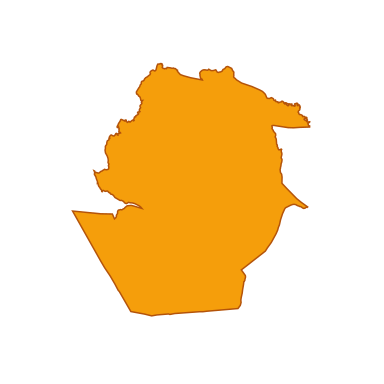 Pokot South, Rift Valley, Kenya, rotated 35°
{"feature_id": "3690345B29187481268385", "entity_name": "Pokot South", "entity_type": "district", "adm_level": 2, "iso_a3": "KEN", "parent_name": "Kenya", "parent_adm1": "Rift Valley", "projection": "orthographic", "projection_center": [35.249, 1.339], "detail": "fine", "context": "isolated", "style": "filled", "palette": "amber", "viewbox_px": 384, "rotation_deg": 35, "n_neighbors": 0, "source": "geoboundaries", "source_scale": "gbopen_adm2", "svg_char_len": 5895}
<svg xmlns="http://www.w3.org/2000/svg" viewBox="0 0 384 384"><g transform="rotate(35 192 192)"><path d="M105.1,276.1L157.0,301.0L163.8,304.1L173.1,307.7L181.4,311.5L188.0,314.9L189.5,315.2L210.5,325.0L223.0,319.3L230.0,316.6L233.8,312.8L242.7,305.4L244.1,305.0L247.5,301.5L266.9,285.7L269.6,283.8L272.6,281.1L296.5,261.1L296.6,257.3L296.4,256.6L295.6,254.4L294.0,252.5L292.9,250.3L291.1,246.0L289.4,242.8L287.3,238.3L285.9,235.7L286.1,235.3L285.9,233.9L285.5,233.3L284.6,230.9L283.6,229.8L277.1,227.5L286.0,198.3L285.8,194.8L285.9,187.9L284.8,177.9L284.0,174.0L283.1,171.6L282.5,168.9L280.4,163.8L278.6,157.8L277.6,152.5L277.7,151.2L280.4,146.2L281.6,144.5L282.7,143.5L284.3,142.8L286.1,142.7L287.6,142.2L288.3,142.2L289.6,141.6L292.1,141.6L292.9,141.4L293.8,140.5L294.3,139.1L294.6,138.7L295.2,138.5L295.3,137.9L287.4,137.8L281.7,137.4L267.8,134.8L260.7,133.3L257.2,128.1L255.2,126.0L253.5,125.4L253.0,125.0L251.2,123.0L250.9,122.0L250.3,120.9L249.9,119.7L248.8,117.7L248.3,115.9L247.3,114.0L246.8,113.5L245.7,113.1L245.2,112.5L244.2,109.9L243.2,108.5L242.6,108.3L241.3,106.9L241.0,105.7L240.4,105.7L240.2,106.2L239.1,107.6L237.7,107.2L237.0,106.4L235.5,105.7L235.2,104.9L234.7,104.5L234.0,104.4L230.7,100.4L229.5,99.6L228.8,99.4L228.3,98.7L228.3,98.0L227.4,96.7L227.0,96.3L223.8,95.5L223.4,95.0L221.2,94.2L220.8,93.2L219.5,92.0L219.7,91.5L220.7,90.6L233.7,84.2L238.3,81.2L243.5,77.0L251.1,71.3L250.5,70.4L249.3,70.7L247.6,69.3L248.3,67.4L248.1,67.0L247.0,68.0L245.9,68.5L245.3,68.4L245.4,67.0L245.1,66.7L244.6,66.8L244.6,67.4L244.4,68.0L242.7,68.4L242.2,68.2L242.0,67.7L242.1,67.1L243.4,66.2L243.8,65.6L243.3,65.2L242.6,65.3L242.0,65.7L241.4,65.8L240.6,65.7L240.0,66.1L239.7,66.7L239.1,66.6L238.5,66.0L236.8,66.2L236.3,66.4L235.8,66.8L234.5,66.6L234.2,66.0L233.1,65.7L232.8,64.4L233.1,62.9L232.9,62.4L232.3,61.8L232.4,61.2L231.9,60.3L231.4,60.6L231.0,60.3L230.7,59.4L229.8,59.2L228.8,60.7L228.2,60.3L228.0,59.8L228.3,59.2L227.8,59.0L227.0,59.0L225.6,60.9L226.9,62.0L227.0,62.7L226.4,63.1L225.8,62.7L224.3,64.1L223.6,64.0L223.8,63.2L223.5,62.7L222.9,62.9L222.0,63.7L220.8,64.1L220.5,64.5L221.5,65.2L221.3,66.2L220.9,66.4L219.3,66.2L219.0,65.9L219.1,65.4L219.6,64.9L219.0,64.9L217.8,65.0L217.3,65.4L217.6,66.0L217.6,66.6L216.1,66.4L215.8,65.9L214.3,65.7L213.6,66.0L213.7,66.5L213.4,67.0L212.7,67.7L211.7,69.3L211.1,69.4L210.7,68.9L208.8,69.8L207.7,68.9L207.1,69.8L206.4,69.8L205.5,69.1L204.8,68.9L204.1,69.1L203.2,69.0L202.7,69.4L202.0,70.8L200.1,72.0L199.5,72.0L198.5,71.5L196.5,70.2L195.3,69.7L192.1,69.2L188.8,69.6L180.7,71.2L170.1,74.3L164.0,74.6L162.2,74.2L160.7,74.2L160.0,73.7L159.6,72.8L158.5,71.4L157.5,69.8L155.6,69.2L153.6,68.0L149.6,68.6L149.0,68.9L148.3,69.8L148.1,70.4L148.1,72.1L147.1,73.9L147.4,75.4L146.6,77.2L145.5,78.2L145.2,78.8L144.2,79.3L143.6,79.2L141.4,78.3L139.6,80.5L138.0,81.6L135.3,81.8L135.1,82.9L134.8,83.4L132.7,84.4L131.5,85.2L130.8,86.1L130.5,86.7L130.0,88.6L130.0,89.5L130.2,90.3L131.3,91.3L131.7,92.0L133.7,93.8L135.7,93.9L136.3,94.3L125.3,99.2L118.5,101.6L115.1,102.5L111.9,101.8L110.2,101.1L110.2,100.6L109.0,100.7L107.7,100.4L106.6,101.1L105.9,101.0L104.7,102.1L103.1,102.7L100.2,104.2L100.3,105.6L99.5,105.9L98.8,106.9L98.1,106.9L97.5,107.3L96.2,107.1L95.6,105.4L95.0,104.9L94.4,105.1L94.1,104.3L93.4,104.3L92.9,104.8L92.3,105.0L92.2,105.6L90.6,106.9L91.0,108.9L92.4,112.4L92.5,113.2L92.2,114.1L91.7,114.4L90.7,114.3L90.0,114.5L89.3,115.7L88.9,116.9L88.9,117.8L89.4,118.6L90.1,118.9L90.3,120.0L89.8,121.4L89.3,123.3L88.5,125.0L88.3,126.6L88.6,128.2L88.5,128.7L87.5,130.0L87.4,130.5L87.5,131.1L88.4,132.5L88.2,134.0L88.8,135.8L88.7,137.2L89.0,141.6L89.1,142.1L90.2,143.3L90.6,143.5L91.0,143.2L92.0,143.4L93.2,144.0L94.3,143.9L94.6,144.1L95.3,144.2L97.5,146.2L98.1,146.2L99.0,145.4L98.9,147.1L99.1,147.6L99.8,147.8L100.2,148.4L99.9,150.9L100.6,152.0L101.3,152.2L101.6,152.6L101.5,154.0L101.7,154.8L102.6,156.1L103.2,156.0L103.2,156.5L102.1,157.2L101.8,157.7L102.0,158.4L103.4,158.6L103.4,159.3L102.3,161.7L102.4,162.3L102.7,162.7L101.9,163.5L102.0,164.1L102.3,164.4L102.6,166.2L103.5,166.5L103.4,167.1L102.3,167.0L102.0,167.4L101.1,170.3L100.6,170.1L99.6,170.4L99.4,171.6L99.2,172.0L97.6,171.8L97.0,170.9L96.4,171.0L96.0,171.6L96.6,172.0L96.2,172.4L93.1,172.9L92.4,173.1L92.1,173.5L92.5,175.4L92.5,177.5L92.7,179.0L93.0,179.4L93.0,180.6L93.3,181.7L93.9,182.0L94.5,181.6L94.6,180.9L95.6,181.8L96.2,182.0L96.3,182.7L97.2,183.7L97.3,184.3L97.7,184.6L98.8,184.8L99.1,184.4L99.6,184.6L98.7,186.0L98.1,186.2L97.9,186.9L98.7,187.9L98.1,188.1L97.1,187.4L96.3,187.4L96.1,188.0L96.3,189.2L96.0,190.9L94.8,191.4L93.3,191.5L92.9,191.9L92.7,192.6L92.8,194.7L93.8,195.0L93.8,195.6L93.4,196.1L94.0,197.0L93.3,198.6L93.7,200.0L94.8,201.9L94.8,204.2L96.2,206.2L96.7,207.5L98.7,209.6L101.8,211.1L104.0,212.7L105.4,214.3L106.2,215.9L106.7,216.3L107.8,216.7L108.1,217.2L108.2,218.0L108.5,218.5L109.5,219.2L110.2,220.4L110.4,221.1L110.2,221.7L109.3,222.7L108.8,223.1L107.3,223.6L107.1,224.5L106.7,225.0L106.4,226.1L105.5,227.5L105.0,229.4L104.8,229.9L104.3,230.3L101.9,231.1L101.7,231.8L100.3,230.7L99.6,230.8L100.9,231.6L101.9,233.5L102.5,233.9L103.3,233.9L103.7,234.4L104.8,234.9L106.0,236.0L108.2,237.4L108.8,238.0L109.6,239.3L110.0,238.8L111.8,240.5L112.9,241.0L113.6,241.1L115.5,242.1L116.0,242.0L116.6,242.2L117.7,243.3L118.2,243.3L118.1,242.1L118.4,241.6L120.3,241.3L121.0,240.9L121.8,239.9L122.5,239.7L124.2,240.1L125.2,239.8L125.6,240.1L126.9,240.3L127.9,239.8L128.8,239.8L129.7,239.9L132.1,240.7L137.9,240.2L139.3,239.2L141.5,239.0L142.7,239.5L143.8,239.5L144.8,239.2L145.2,238.7L145.9,236.9L147.9,236.1L149.3,235.2L151.9,234.3L156.8,233.6L158.4,233.7L160.4,234.2L151.0,237.4L149.8,237.9L146.8,240.5L146.0,243.2L146.0,244.3L145.3,245.4L145.0,246.4L144.5,247.0L143.4,247.5L142.7,248.5L142.1,249.0L142.1,250.4L143.3,252.3L143.4,254.4L144.2,255.6L144.3,256.9L143.9,258.5L139.4,255.7L129.6,262.3L105.1,276.1Z" fill="#f59e0b" stroke="#b45309" stroke-width="1.5"/></g></svg>